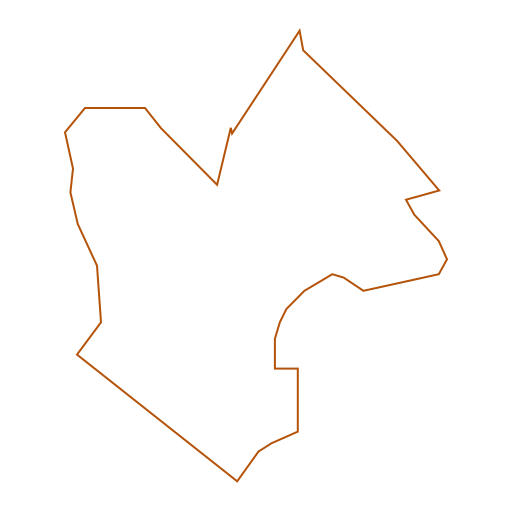 Suyeong-gu, Busan, South Korea
{"feature_id": "91817680B55707549130569", "entity_name": "Suyeong-gu", "entity_type": "district", "adm_level": 2, "iso_a3": "KOR", "parent_name": "South Korea", "parent_adm1": "Busan", "projection": "natural_earth1", "projection_center": [129.113, 35.156], "detail": "fine", "context": "isolated", "style": "outline", "palette": "amber", "viewbox_px": 512, "rotation_deg": 0, "n_neighbors": 0, "source": "geoboundaries", "source_scale": "gbopen_adm2", "svg_char_len": 560}
<svg xmlns="http://www.w3.org/2000/svg" viewBox="0 0 512 512"><path d="M299.6,30.7L232.1,133.5L230.8,127.8L217.1,184.8L161.0,128.2L145.0,108.0L85.0,108.0L65.0,132.3L73.0,168.6L70.4,192.4L77.7,223.7L77.7,223.9L97.0,265.7L101.0,322.3L77.0,354.6L237.2,481.3L258.5,451.5L271.6,443.2L297.8,431.6L297.8,368.6L274.9,368.6L274.9,338.8L279.8,322.3L286.4,309.0L304.4,290.8L332.3,274.2L343.7,277.6L363.4,290.8L438.8,274.2L447.0,259.3L438.8,241.1L414.2,214.6L406.0,199.7L439.2,190.5L397.1,140.9L303.2,50.3L299.6,30.7Z" fill="none" stroke="#b45309" stroke-width="2"/></svg>